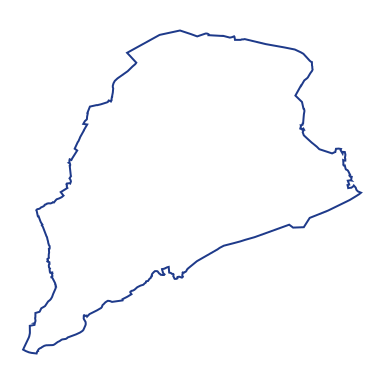 Aalten, Gelderland, Netherlands
{"feature_id": "6326949B6406677734864", "entity_name": "Aalten", "entity_type": "district", "adm_level": 2, "iso_a3": "NLD", "parent_name": "Netherlands", "parent_adm1": "Gelderland", "projection": "mercator", "projection_center": [6.543, 51.914], "detail": "fine", "context": "isolated", "style": "outline", "palette": "blue", "viewbox_px": 384, "rotation_deg": 0, "n_neighbors": 0, "source": "geoboundaries", "source_scale": "gbopen_adm2", "svg_char_len": 5733}
<svg xmlns="http://www.w3.org/2000/svg" viewBox="0 0 384 384"><path d="M23.1,349.6L25.9,351.1L28.9,352.3L31.5,352.9L36.6,353.5L37.2,351.5L38.0,351.1L37.9,350.9L37.9,350.4L38.8,349.1L39.8,348.4L41.3,347.7L41.7,347.3L44.3,345.8L46.2,345.3L52.3,345.1L53.5,344.9L54.6,344.3L57.7,342.0L59.6,341.1L61.6,339.7L62.5,339.4L65.8,338.9L67.0,338.2L67.6,337.5L76.0,334.4L80.1,332.5L82.5,330.9L83.4,329.9L85.4,325.4L85.7,324.4L85.7,323.0L85.5,321.8L84.0,319.3L83.7,318.6L83.8,315.6L83.9,315.3L84.3,315.2L85.1,316.0L86.2,315.6L86.6,315.6L86.8,315.9L87.1,316.6L89.5,314.1L97.1,310.3L101.2,307.9L102.1,306.6L102.2,305.9L102.7,304.9L103.4,304.4L105.4,302.3L107.6,300.9L108.0,300.8L110.1,301.1L112.0,301.9L122.6,300.4L122.7,300.1L122.5,299.2L127.4,296.7L131.5,294.2L130.3,292.4L130.3,291.9L130.5,291.6L131.7,290.8L132.6,290.7L134.4,289.8L137.3,287.2L140.5,285.6L143.4,284.7L144.6,283.4L145.7,282.7L145.9,282.4L146.0,281.5L146.2,281.4L146.6,281.2L148.0,281.0L149.5,278.8L150.5,278.1L150.8,277.8L150.9,277.1L151.6,276.3L151.8,276.3L151.9,276.1L152.0,275.5L151.7,275.3L151.9,274.5L152.3,273.7L153.9,272.0L155.0,271.1L156.9,271.1L157.6,271.4L159.2,273.5L160.2,274.1L160.6,274.7L162.6,275.0L164.0,275.0L164.5,274.4L163.5,273.5L162.9,272.6L162.7,271.5L162.1,269.8L162.0,269.1L164.3,268.7L164.9,268.5L165.3,268.1L166.2,267.8L167.1,267.3L168.7,266.9L169.2,272.6L170.9,273.0L171.8,273.8L173.1,273.9L173.5,274.3L173.6,274.5L173.5,275.1L173.3,275.9L173.3,276.4L173.9,277.2L174.4,278.6L174.8,278.9L176.5,278.8L177.1,278.5L177.4,278.4L177.5,278.1L177.3,277.3L177.5,277.0L179.2,276.7L181.2,277.4L181.8,277.6L182.2,277.5L182.9,276.7L182.4,275.9L182.3,275.6L182.4,274.3L182.8,273.5L182.6,272.7L182.9,272.4L183.3,272.7L184.2,272.6L184.6,272.1L185.4,271.9L185.8,271.6L186.3,271.0L187.0,269.6L187.6,269.0L187.6,268.8L196.9,261.2L217.8,249.2L219.6,247.9L223.8,245.7L233.2,243.3L240.3,241.4L245.3,239.8L254.5,237.2L289.2,224.7L293.1,227.6L303.8,227.2L309.7,217.9L328.0,210.6L347.7,201.0L349.9,199.9L356.0,196.2L359.3,194.1L361.0,192.7L358.3,191.6L357.8,191.3L356.4,189.8L355.7,187.6L353.8,185.5L353.3,186.3L351.4,187.7L349.2,187.9L348.2,188.1L347.8,186.2L347.5,185.1L349.2,184.6L347.8,180.7L350.2,180.3L351.4,180.5L351.2,180.3L351.3,178.7L351.7,176.8L351.3,176.7L350.4,176.8L349.4,175.6L349.4,175.3L350.1,174.8L348.1,170.9L347.5,170.2L345.9,169.4L345.5,168.4L344.8,165.4L343.7,165.5L343.5,165.1L343.3,164.7L343.4,163.4L343.2,160.1L344.4,160.6L345.3,160.6L345.3,159.2L345.2,158.6L344.9,157.9L345.3,155.8L345.4,154.5L344.8,152.0L343.0,151.9L342.6,153.6L340.6,150.2L340.7,149.7L341.0,149.0L338.8,148.6L336.0,148.8L335.3,152.0L335.1,152.0L332.1,153.4L319.3,149.2L316.9,146.8L311.6,142.5L307.0,138.3L303.8,135.3L302.7,132.2L303.9,129.7L304.0,129.7L303.5,128.8L302.7,129.9L301.3,129.1L301.5,128.7L300.3,128.5L300.8,126.8L300.9,126.0L301.3,125.5L301.0,125.2L302.5,124.8L302.6,123.5L303.1,123.4L303.6,117.5L303.9,114.2L304.4,111.4L304.4,110.4L304.1,109.2L303.9,109.3L303.5,108.8L302.0,102.0L295.4,95.6L300.9,85.7L301.1,85.9L304.3,80.4L307.0,78.3L307.8,77.5L310.2,73.4L312.1,70.8L312.6,69.5L312.3,68.1L312.3,66.7L312.0,65.5L311.9,62.2L311.6,62.2L309.7,60.7L308.8,59.7L303.4,53.8L300.8,52.3L294.8,49.5L284.2,47.4L265.7,44.1L244.7,39.1L243.2,39.4L241.9,39.4L241.8,39.5L240.4,39.9L235.0,39.9L234.5,37.0L234.0,36.9L233.9,36.4L231.9,37.2L229.9,37.6L223.3,35.9L223.2,35.9L223.3,36.0L208.9,35.2L209.2,34.8L208.5,34.2L207.5,33.7L206.2,33.5L205.4,33.6L197.2,36.4L191.2,34.2L180.0,30.5L159.6,34.9L127.1,52.8L136.3,62.7L135.3,64.1L132.5,66.5L127.7,71.2L117.5,78.4L114.8,80.9L113.5,83.3L112.8,85.8L112.8,87.2L113.2,88.3L112.8,92.7L112.2,95.7L112.2,96.4L112.1,97.0L111.9,97.0L111.4,99.9L111.6,100.1L110.9,101.5L109.7,100.8L108.7,100.5L107.8,102.0L106.9,102.4L100.9,104.3L97.1,105.2L96.6,105.1L89.9,106.6L87.9,111.7L87.5,112.7L87.8,112.7L87.8,113.2L87.1,116.6L86.9,119.2L86.8,119.4L84.9,121.1L83.3,123.9L87.2,124.5L83.8,130.3L83.9,130.5L83.2,131.7L80.4,136.7L80.0,137.5L79.7,138.4L78.3,141.5L77.8,142.0L74.7,148.7L77.2,150.5L72.2,158.4L71.4,160.0L69.7,159.3L69.4,160.4L69.5,160.6L69.4,162.0L69.0,162.7L68.8,162.8L69.3,163.1L69.8,163.2L70.2,164.6L70.1,165.6L69.7,165.7L70.8,175.7L71.0,176.1L69.5,178.4L70.1,179.2L70.6,180.2L70.9,181.2L70.9,181.6L70.2,183.5L69.7,183.2L67.9,183.4L66.9,183.5L66.6,183.9L66.4,184.2L66.4,184.3L66.9,185.2L66.8,185.4L66.9,186.4L66.8,186.8L67.4,188.0L60.7,192.1L63.3,195.4L63.1,195.7L63.3,195.8L61.8,197.1L59.2,198.4L56.6,199.3L55.6,200.4L53.9,202.5L52.9,202.2L52.4,202.7L50.7,203.4L48.1,203.3L47.6,203.6L46.8,203.7L46.1,204.3L45.2,204.5L44.5,205.1L44.5,205.5L43.5,206.3L40.9,207.5L40.1,208.3L39.2,208.8L37.7,209.1L37.0,209.4L36.3,210.2L36.7,211.0L37.7,215.7L37.9,216.4L38.6,216.3L40.2,220.7L40.9,222.4L42.4,224.6L41.8,225.2L42.9,226.9L46.6,236.6L47.0,237.1L47.5,239.6L48.0,241.2L48.3,243.2L48.5,243.5L48.8,244.9L49.6,246.0L49.7,248.1L49.5,248.8L48.9,248.9L49.1,252.7L48.8,254.1L48.7,256.3L48.9,257.9L48.1,258.5L47.5,258.8L47.4,259.4L47.5,259.7L48.0,260.2L48.0,260.9L47.4,261.2L47.3,261.4L48.1,261.9L48.8,261.9L49.4,262.2L49.5,263.8L49.2,263.8L49.1,264.0L48.8,265.5L49.0,267.4L49.3,267.9L50.0,268.5L49.6,269.3L49.6,269.7L49.9,272.0L50.1,272.1L50.4,272.9L51.3,272.8L51.9,272.4L52.2,272.4L52.2,273.0L52.5,273.4L52.1,274.3L52.1,275.1L52.4,275.7L52.4,276.2L51.3,277.0L51.4,277.4L52.1,277.5L52.6,278.3L54.2,281.4L55.1,283.2L55.2,284.3L55.5,284.4L56.0,286.5L55.7,286.5L55.8,287.0L55.6,288.4L53.1,294.1L52.1,296.9L50.9,299.0L49.9,300.1L48.1,301.5L45.1,306.0L44.4,306.5L41.3,308.3L39.8,311.4L39.5,311.8L35.4,313.0L35.4,316.4L35.3,317.7L35.1,318.0L35.5,320.7L35.3,321.7L34.8,322.8L34.7,323.1L34.4,323.2L34.8,323.3L34.5,324.9L29.8,325.8L29.9,332.8L29.8,333.6L29.2,336.5L28.6,338.0L23.4,348.9L23.0,348.6L23.3,349.2L23.1,349.6Z" fill="none" stroke="#1e3a8a" stroke-width="2"/></svg>